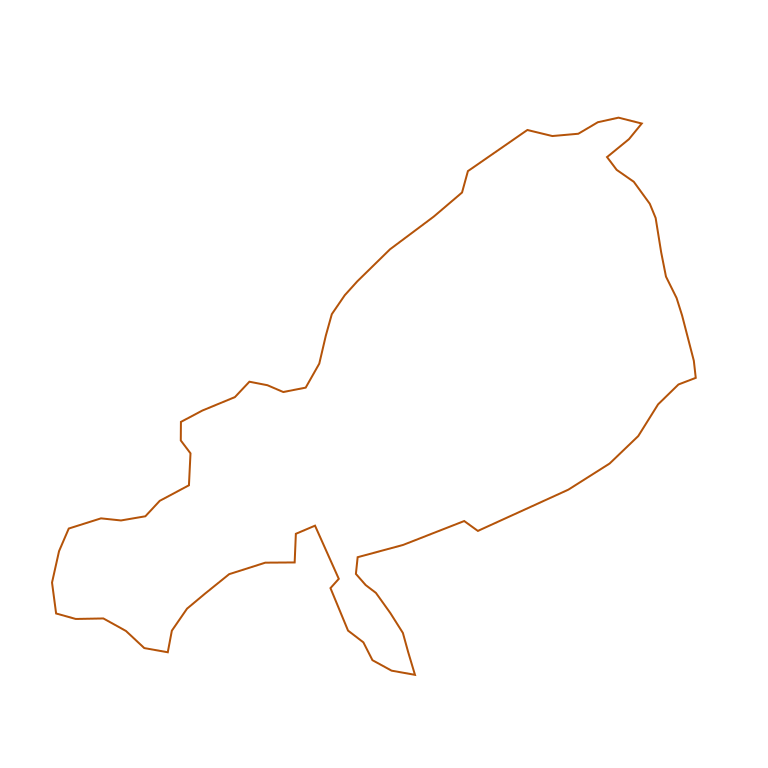 the district of Yeongdo-gu, South Korea, rotated 96°
{"feature_id": "91817680B63526671374694", "entity_name": "Yeongdo-gu", "entity_type": "district", "adm_level": 2, "iso_a3": "KOR", "parent_name": "South Korea", "parent_adm1": "", "projection": "equal_earth", "projection_center": [129.069, 35.076], "detail": "fine", "context": "isolated", "style": "outline", "palette": "amber", "viewbox_px": 768, "rotation_deg": 96, "n_neighbors": 0, "source": "geoboundaries", "source_scale": "gbopen_adm2", "svg_char_len": 1131}
<svg xmlns="http://www.w3.org/2000/svg" viewBox="0 0 768 768"><g transform="rotate(96 384 384)"><path d="M249.4,392.1L284.7,421.3L299.8,432.3L320.0,443.2L341.9,446.9L370.5,450.5L395.8,461.5L402.5,483.4L397.4,499.8L395.8,518.1L412.6,530.9L429.4,561.9L442.9,582.0L461.4,580.2L473.2,569.2L505.1,567.4L523.6,594.8L540.5,607.5L547.2,631.3L547.2,651.4L560.7,682.4L584.2,689.7L616.2,693.4L646.5,686.1L649.9,666.0L646.5,638.6L656.6,614.8L671.7,594.8L673.4,571.0L651.5,569.2L628.0,556.4L611.1,540.0L589.3,518.1L574.1,483.4L570.8,454.2L542.2,456.0L532.1,437.8L582.5,408.6L592.6,415.9L633.0,394.0L643.1,377.5L659.9,366.6L668.3,346.5L670.0,322.8L648.2,331.9L629.6,339.2L611.1,353.8L592.6,370.2L585.9,381.2L575.8,392.1L559.0,392.1L542.1,348.3L511.9,289.9L520.3,275.3L469.8,189.6L439.5,151.3L409.2,125.7L375.6,109.3L353.7,91.1L345.3,74.6L328.5,78.3L284.7,94.7L267.9,102.0L247.7,114.8L224.1,122.1L190.5,131.2L177.0,138.5L156.8,156.7L146.7,175.0L135.0,185.9L114.8,165.9L98.0,154.9L94.6,178.6L101.3,198.7L114.8,216.9L119.8,242.5L116.4,268.0L163.5,322.8L185.4,326.4L212.3,352.0L249.4,392.1Z" fill="none" stroke="#b45309" stroke-width="2"/></g></svg>